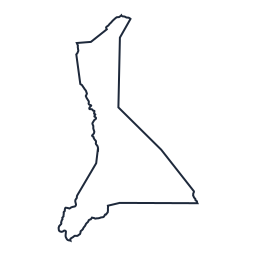 the district of Jacaleapa, El Paraíso, Honduras
{"feature_id": "27666195B90337288722280", "entity_name": "Jacaleapa", "entity_type": "district", "adm_level": 2, "iso_a3": "HND", "parent_name": "Honduras", "parent_adm1": "El Paraíso", "projection": "albers", "projection_center": [-86.709, 14.063], "detail": "fine", "context": "isolated", "style": "outline", "palette": "slate", "viewbox_px": 256, "rotation_deg": 0, "n_neighbors": 0, "source": "geoboundaries", "source_scale": "gbopen_adm2", "svg_char_len": 5270}
<svg xmlns="http://www.w3.org/2000/svg" viewBox="0 0 256 256"><path d="M70.5,240.6L70.4,240.0L70.3,239.4L70.5,238.8L70.6,238.6L72.5,237.4L73.2,237.0L74.1,236.2L74.6,235.9L74.8,235.8L75.1,235.8L75.3,235.8L76.0,235.9L76.5,235.9L77.1,235.9L77.5,235.8L77.7,235.7L77.9,235.6L78.1,235.4L78.4,235.1L78.5,235.0L79.4,234.5L80.0,234.0L80.1,233.7L80.5,232.7L80.5,232.1L80.5,231.8L80.6,231.5L80.7,231.2L81.0,230.9L82.0,230.1L82.6,229.4L82.8,229.3L82.9,229.1L83.1,228.6L83.5,227.8L83.9,227.2L84.8,226.2L85.3,225.4L85.5,225.0L85.7,224.4L85.9,224.1L86.3,223.5L87.0,222.8L87.6,222.3L87.9,222.0L88.4,221.2L88.5,220.9L88.6,220.6L88.6,220.4L88.9,220.1L89.1,219.9L89.3,219.8L90.2,219.5L90.8,219.3L91.2,218.7L91.6,218.2L92.0,217.6L92.8,217.8L93.8,218.0L94.0,218.0L94.5,218.3L94.9,218.5L95.3,218.6L95.6,218.6L95.8,218.6L96.1,218.4L96.4,218.4L97.3,218.3L98.2,218.3L98.6,218.2L99.6,218.0L100.8,217.5L102.0,217.3L102.8,217.2L103.2,217.1L103.4,217.0L103.7,216.8L103.9,216.6L104.1,216.4L104.6,215.4L105.1,214.6L105.3,214.5L105.5,214.7L105.9,214.6L106.1,214.4L107.3,212.8L107.7,212.4L107.7,212.2L107.8,211.7L107.9,210.8L108.0,209.9L107.9,209.0L108.0,207.1L108.0,206.5L108.0,206.2L107.9,205.7L119.7,202.9L197.4,203.2L197.1,202.6L197.0,202.2L197.0,201.7L196.9,201.4L196.7,201.1L196.4,200.8L196.2,200.7L195.8,200.5L195.5,200.2L195.3,198.9L195.0,198.6L194.5,198.0L194.2,197.7L193.8,197.0L193.6,196.3L193.3,195.9L193.2,195.6L193.1,195.4L193.2,194.8L193.2,194.1L193.2,193.7L193.3,193.4L193.5,193.0L193.9,192.0L193.9,191.6L193.9,191.3L161.2,149.7L118.4,107.4L119.9,37.6L130.5,18.9L130.2,18.6L129.5,18.2L128.9,17.8L128.5,17.7L128.0,17.6L127.3,17.6L126.4,17.5L126.0,17.3L125.5,17.0L124.7,16.6L123.4,16.4L122.9,16.4L122.7,16.4L121.9,16.0L121.4,15.7L121.3,15.4L121.1,15.6L119.8,16.6L119.2,17.0L118.9,17.1L118.6,17.1L117.5,17.2L117.0,17.2L116.7,17.3L116.2,17.6L115.2,18.4L113.2,20.2L112.4,21.0L111.8,21.7L111.0,22.6L110.5,23.1L109.8,23.7L109.3,24.3L109.0,24.7L108.6,25.2L108.4,25.4L108.1,25.7L107.5,26.1L106.9,26.5L106.5,26.8L106.3,27.1L106.2,27.3L106.1,27.5L106.2,28.0L106.3,28.3L106.5,28.8L106.6,29.0L106.8,29.3L90.9,41.9L76.8,43.0L77.9,45.6L77.8,46.7L77.8,47.5L78.0,48.3L78.0,49.1L78.2,49.7L78.3,50.6L78.2,51.2L77.9,51.8L77.5,52.9L77.0,53.5L76.8,53.9L76.3,54.4L80.3,84.0L81.8,85.0L82.1,85.2L82.5,85.9L83.0,86.6L83.5,87.4L84.1,88.2L84.4,88.8L85.0,89.5L85.6,90.3L86.0,90.9L86.1,91.1L86.3,91.9L86.8,93.2L86.9,93.7L86.8,93.8L86.6,94.2L86.5,94.7L85.9,95.7L85.8,96.0L86.6,97.9L87.1,98.7L87.6,99.5L88.3,100.6L88.5,100.9L88.7,101.2L88.8,101.5L88.8,102.2L88.8,102.5L88.7,103.1L88.6,103.4L88.7,103.9L88.8,104.1L89.0,104.4L89.3,104.6L89.9,104.9L90.6,105.1L90.8,105.2L91.1,105.4L91.2,105.6L91.1,105.8L90.4,106.5L90.1,106.8L89.7,107.4L89.4,107.9L89.3,108.1L89.3,108.4L89.3,108.6L89.4,108.9L89.6,109.1L91.4,109.2L91.8,109.3L92.1,109.4L92.4,109.7L92.5,109.8L92.7,110.1L92.8,110.3L93.1,110.6L93.3,110.7L94.1,110.8L94.3,110.9L94.3,111.1L94.4,111.8L94.3,112.2L94.1,113.0L94.1,113.4L94.1,113.6L94.2,113.8L94.4,113.9L94.5,114.0L94.9,114.2L95.2,114.3L95.3,114.5L94.4,116.1L94.4,116.4L94.4,116.5L94.5,116.6L95.0,116.9L95.5,117.3L95.7,117.5L95.9,117.7L96.0,118.0L96.0,118.4L95.9,118.7L95.5,119.2L94.4,120.0L94.1,120.3L93.9,120.6L93.7,121.1L93.3,121.7L92.6,122.8L92.5,123.2L92.4,123.6L92.5,123.9L92.6,124.4L92.7,124.7L93.0,125.2L93.3,126.0L93.3,126.4L93.3,128.6L93.7,129.8L94.0,130.8L94.2,131.2L94.3,131.7L94.2,132.3L94.1,132.7L94.0,133.1L93.8,133.4L93.6,133.7L93.2,134.4L92.2,135.3L92.1,135.6L92.2,135.9L92.4,136.2L92.6,136.4L93.1,136.6L93.4,136.9L93.6,137.1L93.7,137.4L93.7,137.7L93.7,138.0L93.9,138.4L94.1,138.7L94.3,139.1L94.8,139.8L95.1,140.1L95.6,140.6L95.7,140.8L95.9,141.1L95.9,141.4L96.0,141.8L96.0,142.3L95.9,142.8L95.8,143.1L95.8,143.4L95.9,143.7L96.0,144.0L96.1,144.3L96.8,145.1L97.4,146.0L97.6,146.3L97.7,146.8L97.9,147.4L98.0,148.3L98.1,149.0L98.0,150.1L98.0,150.6L98.0,150.8L97.9,150.8L97.7,150.6L96.2,163.2L77.1,195.6L76.9,196.4L76.8,197.7L76.6,198.3L76.5,198.5L76.2,198.7L76.0,199.0L75.7,199.5L75.4,200.0L75.3,200.6L75.3,201.1L75.3,201.6L76.0,204.4L76.0,204.6L75.9,205.0L75.8,205.4L75.6,205.7L75.5,205.9L75.3,206.1L75.1,206.3L74.9,206.4L74.2,206.6L72.6,206.9L71.5,207.3L71.2,207.4L70.6,207.8L69.9,208.3L69.7,208.4L69.5,208.5L69.2,208.5L68.5,208.2L68.0,208.1L67.2,207.9L66.4,207.8L65.8,207.7L65.7,207.8L65.3,208.0L65.2,208.2L65.1,208.5L64.9,209.2L64.8,209.9L64.8,210.2L64.8,210.7L64.7,211.0L64.6,211.3L64.3,211.6L64.0,211.7L63.9,211.8L63.8,212.0L63.7,212.2L63.7,212.6L63.7,213.0L63.8,213.9L63.7,214.1L63.6,214.7L63.5,215.3L63.5,216.0L63.5,216.4L63.4,216.5L62.7,217.3L62.3,217.7L62.3,217.8L62.3,218.0L62.4,218.4L62.5,219.2L62.3,219.5L62.0,220.0L61.8,220.2L61.4,221.5L61.1,222.5L61.3,223.0L61.3,223.5L61.2,223.9L61.1,224.1L60.4,224.7L60.1,225.2L59.8,225.5L59.7,225.6L59.4,225.8L59.1,226.3L58.7,227.6L58.6,227.9L58.7,228.6L58.8,229.7L58.9,230.2L59.1,230.6L59.3,230.9L59.6,231.2L60.0,231.4L60.6,231.6L61.2,231.8L61.7,231.8L62.1,231.7L62.5,231.6L63.0,231.4L63.3,231.2L63.6,230.9L63.9,230.7L64.2,230.6L64.7,230.6L65.1,230.7L65.4,230.9L65.7,231.1L65.8,231.2L65.9,231.4L65.9,231.5L65.9,231.8L65.8,233.2L65.6,235.2L65.6,235.8L65.6,236.1L65.7,236.6L65.8,237.1L66.3,238.1L66.6,238.7L67.0,239.3L67.4,239.7L67.8,240.0L68.1,240.1L68.6,240.3L70.1,240.5L70.3,240.5L70.5,240.6Z" fill="none" stroke="#1e293b" stroke-width="2"/></svg>